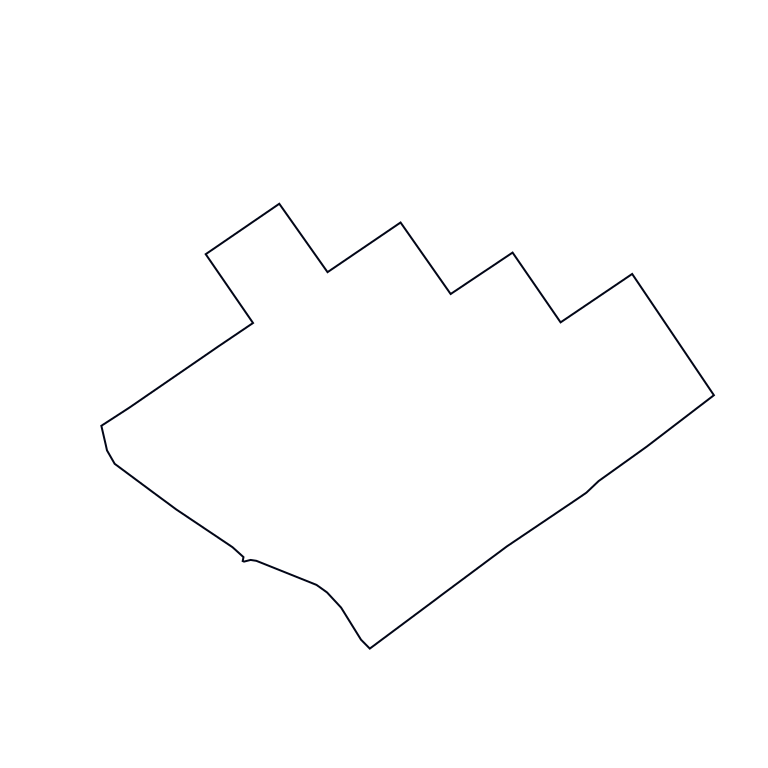 Lorain, Ohio, United States of America (Mercator projection), rotated 235°
{"feature_id": "52423323B65155384259912", "entity_name": "Lorain", "entity_type": "district", "adm_level": 2, "iso_a3": "USA", "parent_name": "United States of America", "parent_adm1": "Ohio", "projection": "mercator", "projection_center": [-82.147, 41.29], "detail": "fine", "context": "isolated", "style": "outline", "palette": "ink", "viewbox_px": 768, "rotation_deg": 235, "n_neighbors": 0, "source": "geoboundaries", "source_scale": "gbopen_adm2", "svg_char_len": 610}
<svg xmlns="http://www.w3.org/2000/svg" viewBox="0 0 768 768"><g transform="rotate(235 384 384)"><path d="M591.7,401.6L592.6,312.4L509.1,311.7L509.8,269.9L510.7,162.0L511.9,128.5L493.8,121.2L488.5,119.0L473.1,117.6L428.9,132.3L400.3,141.9L337.2,166.3L322.8,169.6L320.0,166.7L318.8,167.5L316.4,173.8L312.4,178.0L258.1,213.5L245.9,217.8L225.4,220.6L187.7,218.5L175.4,220.6L177.9,304.5L178.1,309.1L180.5,391.6L179.0,476.7L178.9,487.5L181.4,504.2L182.0,563.0L185.6,647.8L331.8,650.4L333.2,564.0L417.9,564.7L419.5,490.2L506.8,490.2L508.0,401.9L591.7,401.6Z" fill="none" stroke="#020617" stroke-width="2"/></g></svg>